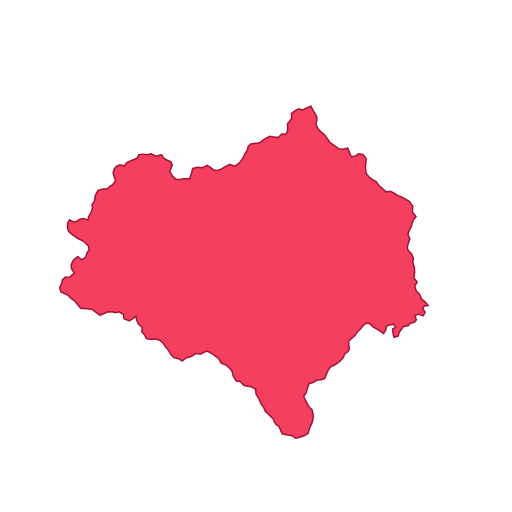 the district of Jequeri, Minas Gerais, Brazil, rotated 129°
{"feature_id": "56859067B7862163719601", "entity_name": "Jequeri", "entity_type": "district", "adm_level": 2, "iso_a3": "BRA", "parent_name": "Brazil", "parent_adm1": "Minas Gerais", "projection": "robinson", "projection_center": [-42.617, -20.475], "detail": "fine", "context": "isolated", "style": "filled", "palette": "rose", "viewbox_px": 512, "rotation_deg": 129, "n_neighbors": 0, "source": "geoboundaries", "source_scale": "gbopen_adm2", "svg_char_len": 3706}
<svg xmlns="http://www.w3.org/2000/svg" viewBox="0 0 512 512"><g transform="rotate(129 256 256)"><path d="M344.9,110.2L342.6,112.6L340.4,115.4L339.7,120.4L337.7,125.1L335.1,130.6L330.6,131.0L326.7,132.7L321.8,134.4L317.9,131.8L314.0,130.5L310.9,127.3L308.0,125.5L304.4,126.6L299.7,128.0L295.3,128.3L292.0,126.7L288.2,125.3L284.2,124.5L279.8,124.3L276.2,125.5L273.0,124.5L269.8,124.7L267.3,127.3L263.9,130.4L259.7,129.8L255.4,129.0L251.0,129.5L246.9,128.9L243.1,129.0L239.4,128.4L237.0,125.5L237.4,120.3L236.2,113.0L236.0,108.1L232.2,108.5L228.5,110.4L225.5,108.8L222.4,106.1L223.8,102.5L226.7,103.9L230.0,100.7L232.4,97.6L228.9,95.1L225.3,96.6L222.1,96.8L217.8,97.1L214.7,94.0L211.3,93.8L207.8,91.2L204.6,91.2L202.5,95.1L198.9,93.0L197.1,88.4L193.2,89.2L192.0,93.4L188.8,93.8L186.2,91.0L185.2,96.2L185.2,100.3L182.9,104.7L182.2,109.7L179.6,113.6L174.8,114.4L173.7,119.4L169.0,122.3L165.1,125.9L162.1,130.4L158.9,132.0L156.5,136.4L155.6,142.1L153.2,144.5L149.9,145.7L145.8,147.3L143.6,151.5L139.8,153.0L135.5,153.8L131.8,155.6L128.7,156.4L124.7,156.4L123.5,161.9L118.6,165.7L117.1,171.1L117.6,175.0L118.4,179.6L119.9,184.1L120.1,187.9L121.1,192.1L124.3,195.2L124.0,200.0L124.0,204.3L122.6,209.5L123.3,213.4L123.5,217.8L122.5,222.3L118.7,226.4L114.6,229.1L111.0,231.7L109.8,236.4L111.8,240.6L115.8,241.6L118.9,244.5L116.8,248.4L114.4,252.7L118.2,255.5L120.6,258.8L120.8,264.0L121.3,269.7L119.9,274.4L118.7,279.0L118.7,283.8L118.0,288.0L115.9,292.4L112.0,294.3L109.4,296.6L108.1,300.0L106.7,303.9L105.0,307.7L109.4,310.0L112.7,311.3L115.1,315.7L118.7,317.1L123.0,318.2L126.3,314.9L129.9,314.7L133.5,314.8L136.1,312.3L139.6,309.9L143.0,309.5L144.8,312.7L149.9,313.3L152.2,316.8L154.3,320.6L160.0,323.0L166.1,324.6L169.3,327.8L172.1,330.5L175.6,331.1L178.8,329.5L183.2,328.9L188.1,327.8L193.4,327.4L199.4,328.8L201.4,334.1L205.7,336.0L210.3,337.7L213.7,339.7L215.8,342.8L215.8,347.3L216.4,351.2L220.9,352.9L223.6,357.0L227.7,360.3L232.8,358.0L237.7,356.1L241.5,361.0L244.6,363.4L246.8,366.5L246.5,371.3L244.5,376.3L238.0,378.4L236.3,381.6L237.5,385.2L238.0,389.5L236.7,393.2L241.5,396.6L242.5,401.8L245.6,404.2L248.0,407.8L251.0,410.8L255.0,410.0L260.7,413.2L265.0,415.3L268.8,414.9L270.7,419.1L274.0,420.9L277.4,421.0L281.1,419.5L283.7,416.1L285.6,412.7L290.6,412.2L293.7,413.3L297.4,413.8L300.1,416.9L304.3,420.0L307.5,419.5L310.7,418.7L314.8,416.1L318.9,415.9L321.7,413.3L326.1,411.5L330.9,410.9L333.8,409.1L335.4,413.7L338.5,416.2L341.9,417.1L344.5,419.3L345.2,423.6L348.8,423.2L352.4,420.5L354.8,417.2L355.0,411.9L354.6,405.7L353.0,399.1L353.6,392.7L356.3,389.4L359.5,389.5L364.2,387.6L368.5,389.0L368.7,394.3L374.2,395.3L379.2,394.1L382.1,391.2L383.6,386.4L386.8,387.1L390.0,387.4L392.4,390.9L396.2,391.5L399.6,389.8L404.2,388.6L406.8,384.7L405.5,380.9L404.8,377.3L405.3,372.9L405.0,368.5L406.1,363.8L407.0,359.2L403.4,354.3L400.6,349.9L400.5,345.2L400.3,340.1L397.0,338.2L393.1,336.3L390.0,332.7L388.4,329.5L385.5,327.2L384.9,322.2L387.8,319.1L386.1,313.7L382.4,312.3L378.5,311.3L381.2,307.9L382.8,304.4L383.2,299.5L386.8,297.0L387.4,293.3L389.1,289.1L386.9,285.3L384.0,282.2L382.0,277.6L382.2,272.9L383.5,269.5L384.2,265.0L386.0,260.6L386.6,255.6L384.5,251.3L384.0,247.3L379.4,246.3L375.1,243.2L369.6,241.3L367.0,237.2L363.6,235.9L360.6,234.0L359.5,228.1L359.2,220.4L361.2,215.6L359.6,210.8L359.8,206.5L360.5,202.4L363.8,198.0L365.5,192.4L363.4,189.1L364.2,183.9L362.6,180.7L360.7,177.6L359.8,172.6L363.4,168.9L365.0,164.1L367.7,159.0L368.7,155.0L370.9,151.0L371.3,144.9L371.9,139.9L374.2,135.4L374.1,130.6L376.1,127.0L377.7,123.5L375.3,119.0L372.9,114.6L372.6,110.4L368.9,107.6L365.0,105.3L361.0,103.9L355.9,106.1L349.9,107.6L344.9,110.2Z" fill="#f43f5e" stroke="#9f1239" stroke-width="1.5"/></g></svg>